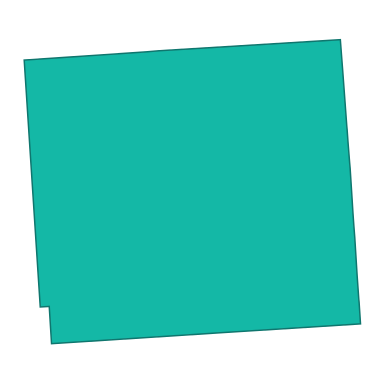 outline of Crawford, Kansas, United States of America, rotated 356°
{"feature_id": "52423323B52465709163567", "entity_name": "Crawford", "entity_type": "district", "adm_level": 2, "iso_a3": "USA", "parent_name": "United States of America", "parent_adm1": "Kansas", "projection": "albers", "projection_center": [-94.703, 37.507], "detail": "fine", "context": "isolated", "style": "filled", "palette": "teal", "viewbox_px": 384, "rotation_deg": 356, "n_neighbors": 0, "source": "geoboundaries", "source_scale": "gbopen_adm2", "svg_char_len": 568}
<svg xmlns="http://www.w3.org/2000/svg" viewBox="0 0 384 384"><g transform="rotate(356 192 192)"><path d="M32.6,296.1L41.6,296.2L41.3,333.5L213.4,334.4L350.9,335.3L351.0,313.4L351.0,313.2L350.9,310.6L350.9,286.0L351.0,273.6L351.1,261.1L351.2,249.0L351.1,236.2L351.1,231.5L351.1,231.4L351.1,227.4L351.1,223.6L351.2,211.6L351.4,179.4L351.3,174.1L351.1,152.2L351.1,149.0L351.1,140.7L351.0,136.9L351.0,136.6L350.9,104.5L350.9,103.7L350.8,81.0L350.7,67.0L350.6,50.4L169.0,48.8L156.2,49.0L33.8,48.7L32.6,296.1Z" fill="#14b8a6" stroke="#0f766e" stroke-width="1.5"/></g></svg>